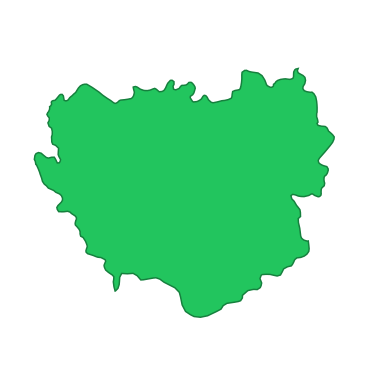 outline of Bykhaw, Mogilev, Belarus, rotated 350°
{"feature_id": "67162791B64614066939299", "entity_name": "Bykhaw", "entity_type": "district", "adm_level": 2, "iso_a3": "BLR", "parent_name": "Belarus", "parent_adm1": "Mogilev", "projection": "orthographic", "projection_center": [30.233, 53.459], "detail": "fine", "context": "isolated", "style": "filled", "palette": "green", "viewbox_px": 384, "rotation_deg": 350, "n_neighbors": 0, "source": "geoboundaries", "source_scale": "gbopen_adm2", "svg_char_len": 5018}
<svg xmlns="http://www.w3.org/2000/svg" viewBox="0 0 384 384"><g transform="rotate(350 192 192)"><path d="M43.0,137.8L43.5,138.1L44.6,142.3L45.3,145.7L45.6,148.2L46.3,152.1L46.6,155.6L47.9,158.6L49.7,160.6L51.2,163.2L56.1,166.5L57.8,168.6L61.2,170.9L62.7,172.8L63.4,175.4L63.0,177.6L61.6,179.3L59.2,181.0L57.7,182.0L56.2,183.8L56.3,185.8L57.3,188.2L60.0,188.8L62.4,189.2L66.1,189.4L68.4,190.6L69.5,192.2L71.0,193.6L72.8,195.3L73.7,197.1L73.4,198.8L72.5,200.1L71.5,202.5L71.4,204.2L73.0,206.7L74.5,209.5L74.9,211.7L74.5,213.8L74.7,216.2L76.9,217.9L77.6,219.7L78.4,221.5L78.9,223.4L79.4,226.3L79.3,227.8L78.3,229.5L77.3,231.6L77.3,233.0L78.6,234.7L80.6,235.7L83.8,237.4L86.0,238.8L87.6,239.7L89.0,240.2L90.9,240.7L93.2,242.4L94.8,243.7L94.9,245.4L94.2,246.4L93.0,248.3L92.6,249.3L92.7,251.1L93.4,253.8L95.7,256.6L99.2,260.0L100.3,261.9L99.7,264.6L98.9,266.8L98.7,271.9L99.1,276.2L99.5,276.1L102.3,274.1L104.2,270.5L105.0,267.5L106.0,263.4L108.6,260.0L114.1,261.3L119.9,261.9L123.5,264.9L126.3,269.7L128.9,270.0L134.4,270.0L138.8,270.0L141.6,270.2L145.2,272.2L148.8,276.0L158.5,283.3L162.1,288.6L162.5,293.4L162.7,301.5L164.9,308.5L169.2,312.6L172.4,315.0L178.6,316.8L185.9,316.6L190.1,315.4L195.2,314.0L200.2,312.4L203.0,309.3L207.1,307.7L214.5,307.9L218.6,307.9L221.0,307.5L223.2,305.1L223.8,302.5L229.9,298.8L233.9,298.6L235.9,298.6L239.3,299.4L242.6,298.0L243.8,296.2L244.8,293.7L243.9,289.1L245.6,286.1L246.6,285.5L250.6,285.9L254.6,286.7L258.3,288.3L261.3,289.5L264.7,289.1L266.9,286.4L268.9,283.6L273.1,282.2L277.0,282.0L278.4,280.7L279.8,278.9L281.4,276.5L283.8,275.1L287.8,275.3L291.4,274.6L294.3,273.2L296.7,270.8L297.5,268.2L297.8,264.3L298.0,260.4L297.1,260.4L295.7,259.8L293.6,258.6L292.0,256.7L291.4,254.5L291.8,246.4L291.5,240.6L292.0,236.6L294.6,235.0L295.2,231.0L295.2,228.2L293.8,225.4L292.6,223.3L291.0,218.9L289.1,216.1L288.8,212.8L290.7,211.8L293.3,212.8L295.9,214.4L298.4,215.3L301.5,216.0L304.9,215.8L306.4,215.7L309.2,214.7L310.3,214.8L312.1,216.6L315.4,218.6L316.8,218.6L318.3,217.7L318.9,216.3L319.1,214.5L319.7,211.9L320.6,210.5L323.3,208.8L324.2,206.3L324.0,204.8L324.1,202.7L324.6,200.6L325.4,199.4L326.9,198.7L328.1,197.5L328.8,196.5L329.9,194.3L330.1,192.8L329.2,190.4L327.3,189.5L325.9,188.8L324.4,187.8L323.1,186.7L322.2,185.7L321.8,184.5L321.8,182.8L322.6,181.7L323.6,180.6L329.5,175.9L336.1,170.3L339.1,167.5L341.0,164.6L341.6,162.4L340.4,160.0L338.7,157.7L337.0,155.7L336.6,153.9L335.9,152.0L334.5,150.6L333.1,150.2L331.0,149.7L327.7,148.3L327.0,146.2L328.2,145.1L328.2,142.2L327.8,139.5L328.4,136.4L329.0,135.1L329.8,131.0L330.2,127.9L330.5,124.2L330.4,119.9L329.1,116.4L327.5,114.5L326.0,114.4L322.5,113.2L320.1,111.7L319.1,109.4L319.7,107.4L321.9,104.9L323.2,101.7L323.1,98.7L321.5,96.5L319.2,94.7L317.3,93.1L316.8,90.9L318.0,88.8L315.4,89.0L314.4,89.6L313.0,91.5L312.5,93.6L312.0,96.1L311.3,97.4L310.0,97.9L308.0,98.1L305.9,97.5L303.8,96.8L301.9,96.6L298.6,96.5L295.7,97.0L293.9,97.9L292.6,99.3L291.0,100.1L290.5,101.9L289.8,102.4L288.3,102.7L287.0,102.3L284.5,100.3L283.9,98.8L283.6,96.8L283.1,94.4L282.1,91.8L281.1,89.5L277.8,86.3L274.5,85.2L272.3,84.5L270.4,83.8L268.9,83.1L266.9,81.7L265.0,81.4L262.1,82.8L261.4,85.3L261.1,87.1L260.7,89.4L259.8,92.7L258.7,95.9L258.0,97.3L257.5,98.5L256.4,99.4L254.8,99.5L252.0,99.5L249.5,100.1L248.5,102.8L247.9,105.0L247.0,106.5L243.7,107.3L240.2,107.5L237.2,107.3L232.5,107.7L228.2,107.8L226.4,106.9L224.2,104.0L223.4,101.3L222.3,99.5L220.8,98.9L219.4,99.7L218.2,101.1L217.0,102.3L214.3,103.4L212.5,103.8L209.1,103.6L208.2,102.8L206.6,98.9L207.0,97.5L209.6,96.3L211.0,94.8L211.9,93.1L213.2,90.4L213.1,88.7L212.1,86.3L210.6,84.1L209.5,83.7L207.9,83.6L206.3,84.9L204.5,85.6L202.2,85.5L200.6,85.2L199.1,86.0L197.3,87.8L193.8,88.6L191.7,87.6L191.7,84.6L193.0,82.8L193.4,80.2L191.8,78.5L190.1,78.3L187.1,80.6L185.8,82.3L184.1,84.9L182.2,87.0L180.2,87.8L177.1,87.6L174.7,84.6L173.3,83.5L171.6,83.7L168.5,84.4L165.7,84.4L163.2,83.9L161.8,83.4L159.0,81.8L156.3,79.2L154.7,78.3L153.3,78.3L152.3,78.5L152.3,80.4L152.6,83.6L151.9,85.6L151.0,87.3L149.9,88.5L148.5,89.4L144.8,89.5L141.5,89.4L137.7,89.1L136.3,89.4L134.4,90.7L133.2,91.2L132.3,91.4L131.6,91.4L130.7,90.8L129.6,89.8L127.9,87.9L124.7,85.0L120.8,81.1L117.8,77.5L112.1,71.9L109.1,69.3L107.1,67.6L105.0,67.2L103.0,67.3L100.5,68.1L98.3,69.8L96.8,71.4L94.7,73.8L92.7,74.9L90.4,76.5L89.2,77.1L87.8,78.0L87.0,78.9L85.7,80.0L84.7,80.3L83.6,80.4L82.0,79.5L82.0,78.8L82.0,76.8L82.0,75.0L81.0,73.3L79.4,73.1L78.3,73.6L76.8,74.9L75.4,76.1L74.2,77.1L73.1,77.9L71.0,77.9L69.9,78.2L69.0,79.1L69.0,81.1L67.8,82.7L66.6,83.2L66.6,83.7L66.1,85.8L64.7,88.0L63.8,88.7L62.6,90.4L63.2,92.3L64.3,94.2L63.8,96.7L62.1,98.9L62.7,102.6L64.8,104.8L64.9,108.3L64.3,111.3L63.2,113.4L63.0,115.5L62.6,118.3L63.1,120.7L65.8,122.4L68.2,125.7L67.5,128.4L66.7,131.9L67.1,134.0L68.2,137.3L67.4,139.1L66.3,140.2L64.4,140.0L63.3,136.0L62.4,133.8L59.6,133.4L56.5,133.7L54.5,132.7L52.4,130.3L50.2,127.6L47.7,126.5L45.1,127.1L43.7,128.7L42.4,132.5L43.0,134.6L43.0,137.8Z" fill="#22c55e" stroke="#15803d" stroke-width="1.5"/></g></svg>